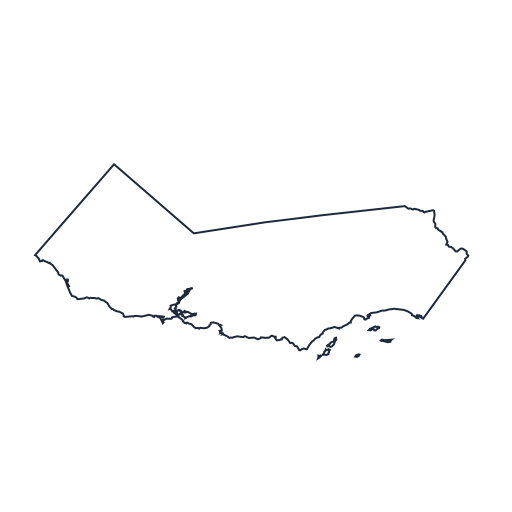 an SVG outline of California, rotated 311°
{"feature_id": "USA-3521", "entity_name": "California", "entity_type": "State", "adm_level": 1, "iso_a3": "USA", "parent_name": "United States of America", "parent_adm1": "", "projection": "robinson", "projection_center": [-120.441, 37.266], "detail": "fine", "context": "isolated", "style": "outline", "palette": "slate", "viewbox_px": 512, "rotation_deg": 311, "n_neighbors": 0, "source": "natural_earth", "source_scale": "10m", "svg_char_len": 6165}
<svg xmlns="http://www.w3.org/2000/svg" viewBox="0 0 512 512"><g transform="rotate(311 256 256)"><path d="M389.9,416.9L318.4,423.3L317.6,419.3L317.1,418.5L315.4,417.9L315.3,417.5L315.9,416.9L317.1,417.4L318.7,420.9L319.1,420.2L318.1,417.7L316.8,416.8L316.9,416.4L315.8,416.5L315.0,417.1L315.0,418.5L314.5,417.7L314.4,414.4L313.6,412.5L314.3,411.9L314.5,410.8L313.8,407.0L312.3,402.9L306.7,394.8L302.4,391.0L299.9,389.5L297.3,386.8L292.7,384.1L288.5,380.3L285.8,379.6L286.5,380.4L286.3,380.8L285.4,379.4L284.4,379.6L283.8,379.9L283.9,381.3L283.4,381.8L281.2,380.6L279.8,380.4L279.3,379.3L280.2,378.1L280.4,377.1L278.8,373.0L276.7,370.4L275.8,369.8L272.2,369.8L269.7,370.1L268.6,370.5L268.0,371.2L266.6,370.0L264.1,369.7L259.6,367.7L258.4,367.7L256.1,365.8L255.8,366.1L253.9,361.7L252.2,360.9L251.2,359.9L250.6,359.9L248.6,358.0L246.9,357.5L245.5,356.5L242.1,356.5L241.2,357.2L238.9,356.4L236.2,356.8L234.9,355.8L232.3,354.9L229.9,354.9L228.6,354.4L223.9,354.6L219.1,355.5L218.6,355.2L217.5,352.7L215.5,351.6L213.7,351.2L213.4,350.4L214.7,346.2L213.6,344.3L214.4,340.8L213.5,339.5L212.7,339.0L213.8,334.5L213.5,330.8L211.7,329.6L210.4,329.5L209.9,330.1L206.7,327.8L206.0,326.9L206.1,326.1L207.1,322.9L207.3,324.4L208.0,323.8L207.0,322.6L206.4,320.4L205.7,319.9L202.9,319.4L200.0,316.3L198.0,313.2L197.3,313.4L194.5,312.2L193.1,307.9L189.4,304.4L188.2,300.2L186.4,299.6L183.1,294.6L180.1,292.3L178.8,291.9L178.0,290.5L176.7,289.6L176.5,286.7L175.4,283.2L175.4,282.2L175.0,282.0L175.9,281.8L175.7,280.7L174.3,279.7L174.7,279.6L175.6,277.7L177.1,279.1L177.6,278.9L178.9,277.1L179.5,274.2L180.7,274.8L180.5,274.2L179.6,273.8L180.0,271.8L179.6,270.8L177.9,267.5L176.6,266.1L175.7,265.7L174.6,266.6L173.2,266.3L172.5,266.8L169.9,266.2L167.3,264.1L165.2,261.0L163.9,260.8L164.0,260.2L163.1,258.8L162.1,258.1L161.7,256.0L162.2,252.2L160.9,249.5L160.8,248.1L159.9,247.2L159.4,247.5L158.7,246.2L158.7,244.0L159.3,243.7L159.5,241.4L159.0,237.3L159.8,237.0L160.1,236.3L162.1,236.3L163.6,239.1L163.4,239.7L162.5,239.8L163.0,241.8L162.8,242.6L163.6,243.3L163.0,243.6L166.6,244.9L167.0,245.6L168.1,246.0L167.9,246.7L170.0,247.4L171.0,248.9L172.2,249.1L173.0,248.6L172.4,248.3L172.1,247.2L171.2,247.2L170.8,246.6L169.7,244.5L169.2,241.5L168.4,240.2L168.0,239.8L167.7,240.2L166.6,239.4L166.3,238.7L167.8,238.7L167.7,238.1L165.7,238.0L165.3,237.4L164.3,237.3L164.5,236.5L164.1,236.4L165.4,235.6L165.2,234.4L164.8,234.5L164.9,233.6L164.4,232.8L162.6,232.9L162.7,232.4L161.5,230.9L162.4,231.1L162.5,230.6L163.6,230.0L163.4,229.2L165.3,229.2L166.0,228.2L167.4,227.5L169.7,228.8L171.7,227.9L173.9,227.6L183.1,229.3L183.3,229.0L182.2,228.5L183.4,227.9L183.7,226.6L185.5,226.1L186.3,226.3L186.4,227.0L186.2,227.4L185.1,227.4L184.8,228.0L185.4,228.8L186.2,228.6L186.6,227.3L190.2,229.5L189.0,228.0L187.2,227.3L186.6,226.2L185.6,225.8L183.4,226.3L182.8,227.8L181.6,228.5L180.5,228.3L180.5,227.4L182.3,226.3L183.3,224.4L181.4,226.5L179.8,227.4L178.6,227.0L177.0,227.7L176.1,227.5L176.7,226.8L174.9,226.9L173.6,226.1L174.5,225.7L174.1,224.7L172.5,224.9L170.3,228.1L169.4,228.1L168.7,227.3L166.5,227.1L165.3,225.8L162.5,224.2L161.4,225.2L159.4,225.6L159.9,225.9L160.0,226.9L159.3,229.0L161.1,230.1L159.7,230.7L160.0,231.6L159.4,231.7L159.4,232.2L161.2,233.8L160.6,234.5L160.1,233.6L159.5,233.4L159.5,234.1L160.1,234.6L160.3,235.5L158.6,236.1L155.2,233.2L154.4,232.9L153.6,233.4L152.8,233.0L150.1,229.7L147.2,228.4L146.9,227.8L147.2,227.3L146.4,227.4L146.8,228.5L145.5,229.1L145.5,229.7L146.0,229.9L144.1,229.8L146.4,224.5L146.0,222.6L145.1,221.0L150.0,227.0L149.8,226.2L146.8,222.0L145.9,221.2L145.7,220.2L144.9,219.2L144.1,218.5L143.2,219.1L142.8,218.2L142.9,216.9L141.3,213.7L135.3,209.5L135.2,208.8L134.5,208.3L132.5,205.3L130.8,203.5L129.9,203.2L129.5,202.3L124.1,197.1L123.7,195.8L124.2,195.6L125.2,193.2L124.3,189.5L123.0,187.3L122.0,184.3L122.0,182.7L121.4,181.9L121.7,178.5L123.1,174.3L122.7,173.1L122.6,170.2L121.5,168.5L120.8,164.7L119.3,163.6L118.6,162.1L115.7,158.4L114.5,157.9L114.2,156.1L113.4,155.1L111.4,154.3L106.3,149.6L106.8,147.6L106.3,145.6L105.1,143.3L106.7,139.1L110.2,132.2L110.5,132.5L109.6,134.3L110.6,134.7L110.9,134.2L110.7,133.0L111.3,132.7L111.9,130.8L113.6,130.5L114.6,129.9L114.8,129.2L114.2,128.7L112.7,128.6L111.4,131.3L110.7,132.3L110.4,131.9L112.1,129.1L114.1,123.2L114.1,122.3L113.1,121.6L112.6,119.1L113.8,117.4L115.7,108.4L115.2,105.4L115.6,104.8L114.6,103.8L114.6,102.6L113.6,100.4L113.1,97.9L112.3,97.5L111.9,97.8L110.2,96.5L111.5,93.9L112.0,90.0L111.7,88.7L232.1,88.7L232.3,194.2L287.1,240.5L330.5,279.5L391.3,335.6L391.7,340.0L393.2,341.3L394.0,344.0L395.5,344.5L397.7,348.7L397.8,350.1L399.4,352.4L399.1,353.5L399.3,354.5L400.3,354.8L406.7,359.6L406.9,360.8L403.8,364.2L399.2,366.8L398.4,368.0L397.9,370.2L395.3,372.5L395.3,373.7L396.1,375.1L395.4,375.9L395.6,378.2L396.1,378.8L395.8,380.0L396.3,381.0L395.5,382.4L395.1,386.5L393.7,388.3L392.4,391.2L389.4,392.1L390.3,393.6L389.6,395.3L390.8,397.4L391.1,399.4L390.5,403.6L391.4,404.8L395.3,405.5L396.4,406.0L397.3,407.7L397.7,411.9L395.9,413.6L395.5,416.0L394.3,416.3L391.1,415.7L389.9,416.9ZM246.8,370.0L245.7,371.4L242.8,371.7L240.9,372.7L238.0,372.7L236.3,371.9L236.0,370.9L236.2,370.1L234.6,369.1L235.1,368.4L238.3,369.4L239.7,369.2L241.1,369.7L241.9,370.5L243.5,370.7L244.0,370.5L244.2,369.8L245.5,369.3L246.8,370.0ZM231.3,369.9L231.2,371.1L232.4,372.0L233.2,371.8L233.5,373.3L232.6,373.3L231.1,374.3L229.6,374.5L229.3,375.0L227.4,374.0L226.4,372.2L225.2,371.2L227.5,371.0L228.3,370.4L229.7,370.6L231.3,369.9ZM277.6,392.0L275.1,391.2L274.1,389.8L276.1,389.8L277.3,391.0L277.9,390.8L281.1,392.2L281.1,392.9L282.9,394.8L283.1,395.8L282.4,396.1L281.0,395.4L278.3,395.2L277.5,394.0L278.0,393.2L277.6,392.0ZM277.2,408.8L281.8,413.2L280.8,413.0L279.5,413.7L277.4,412.0L274.5,406.2L274.1,406.2L274.1,405.6L275.4,405.9L277.2,408.8ZM246.6,396.6L249.2,398.1L249.5,398.8L248.3,399.1L246.2,398.5L245.2,396.9L246.6,396.6ZM222.0,369.6L223.2,369.8L223.5,370.6L221.9,370.7L219.3,370.0L220.9,369.3L221.7,368.5L222.0,369.6ZM285.0,379.6L285.4,379.9L284.8,380.1L285.0,380.9L284.4,381.3L284.3,380.8L284.8,380.7L284.6,380.1L284.0,380.9L284.1,380.2L285.0,379.6Z" fill="none" stroke="#1e293b" stroke-width="2"/></g></svg>